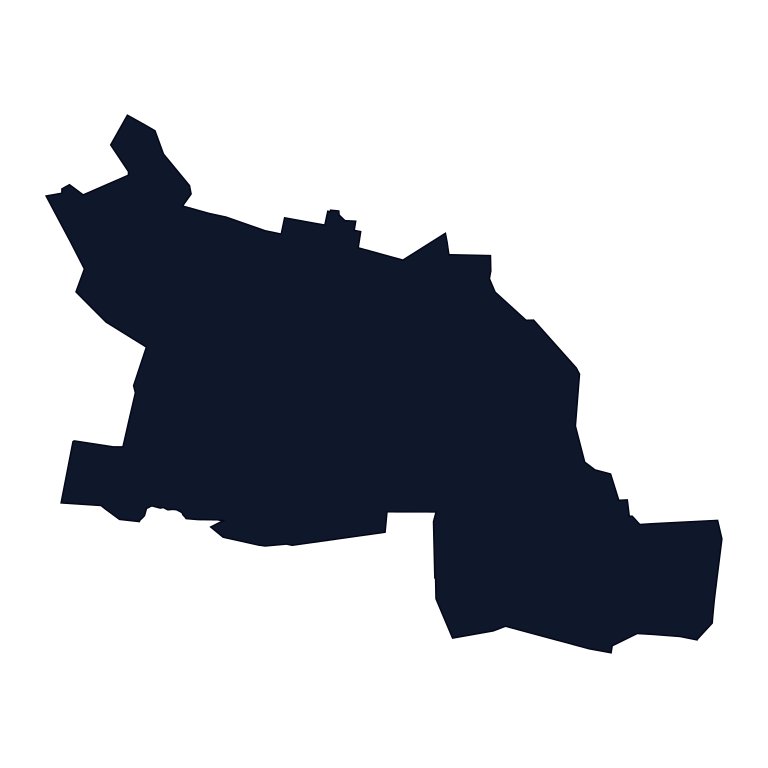 outline of Huachinera, Sonora, Mexico
{"feature_id": "50627088B33572074725870", "entity_name": "Huachinera", "entity_type": "district", "adm_level": 2, "iso_a3": "MEX", "parent_name": "Mexico", "parent_adm1": "Sonora", "projection": "orthographic", "projection_center": [-108.938, 30.144], "detail": "fine", "context": "isolated", "style": "filled", "palette": "ink", "viewbox_px": 768, "rotation_deg": 0, "n_neighbors": 0, "source": "geoboundaries", "source_scale": "gbopen_adm2", "svg_char_len": 1990}
<svg xmlns="http://www.w3.org/2000/svg" viewBox="0 0 768 768"><path d="M717.6,520.4L677.8,522.4L652.5,523.7L639.8,524.5L632.2,516.2L629.3,516.3L627.3,499.9L618.8,500.3L610.6,474.0L595.0,469.9L584.7,462.1L575.4,426.0L579.5,374.1L576.3,368.0L533.6,320.1L526.1,320.3L518.3,313.2L495.1,292.1L489.4,278.7L490.8,271.0L490.5,255.6L448.9,254.7L447.1,242.2L445.4,233.3L431.1,242.3L402.9,260.1L358.2,247.8L360.7,231.6L354.2,230.4L355.7,221.2L345.0,220.7L339.1,215.0L338.8,211.0L336.1,210.7L330.5,210.2L330.3,211.8L327.8,211.2L326.4,217.7L324.8,225.1L323.2,224.8L321.2,224.4L314.8,223.3L284.6,217.8L281.2,234.1L271.8,232.1L265.3,230.8L226.1,217.1L209.0,213.4L182.5,206.0L191.1,194.0L189.5,185.6L163.5,154.1L155.0,130.8L144.8,124.9L127.4,115.2L110.7,144.9L128.5,171.6L128.4,175.2L83.2,194.9L80.6,193.0L69.5,184.7L61.9,188.9L61.9,193.2L46.1,196.0L70.6,242.0L84.4,268.9L76.0,291.9L92.5,308.5L106.1,322.1L124.3,333.4L133.5,339.1L146.4,347.1L141.2,362.7L133.6,385.7L135.2,392.1L135.4,392.7L128.8,421.1L124.6,439.6L122.9,446.9L122.2,446.9L115.7,446.9L112.6,446.8L80.9,441.9L74.2,440.9L73.0,441.6L61.1,502.9L101.0,505.5L105.0,508.7L119.5,519.4L139.3,521.6L139.9,520.2L142.6,517.7L144.5,515.6L146.0,510.2L146.2,509.4L146.6,508.3L148.4,507.6L150.4,506.4L151.8,505.9L152.1,505.9L160.2,508.1L163.3,507.5L167.8,509.8L172.7,509.4L176.4,509.7L180.2,511.6L180.8,511.9L182.2,512.9L182.9,514.8L185.0,517.0L186.1,518.6L198.1,519.6L217.3,519.8L223.1,520.7L210.7,527.0L223.1,537.2L259.1,545.2L261.9,545.5L265.1,546.0L285.2,544.2L286.6,544.1L292.1,545.3L385.1,532.2L387.0,511.8L436.1,511.9L433.5,521.7L434.1,547.8L434.8,577.5L434.8,577.8L435.6,579.1L436.0,598.8L442.1,613.3L452.6,638.1L493.3,630.9L505.4,626.2L589.2,648.8L603.0,651.3L611.1,652.8L612.2,645.8L637.2,633.5L652.7,634.4L680.0,636.5L697.1,639.9L697.3,639.4L698.0,638.5L705.1,630.8L712.2,623.1L712.8,615.8L713.9,604.2L714.2,601.0L715.8,587.5L715.9,587.4L717.1,577.1L717.7,572.5L721.9,538.9L717.6,520.4Z" fill="#0f172a" stroke="#020617" stroke-width="1.5"/></svg>